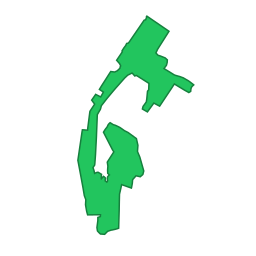 Tejen, Ahal, Turkmenistan (Robinson projection), rotated 34°
{"feature_id": "10190150B49022220136906", "entity_name": "Tejen", "entity_type": "district", "adm_level": 2, "iso_a3": "TKM", "parent_name": "Turkmenistan", "parent_adm1": "Ahal", "projection": "robinson", "projection_center": [60.242, 38.323], "detail": "fine", "context": "isolated", "style": "filled", "palette": "green", "viewbox_px": 256, "rotation_deg": 34, "n_neighbors": 0, "source": "geoboundaries", "source_scale": "gbopen_adm2", "svg_char_len": 3016}
<svg xmlns="http://www.w3.org/2000/svg" viewBox="0 0 256 256"><g transform="rotate(34 128 128)"><path d="M131.1,58.3L125.0,58.6L124.6,58.6L124.8,54.5L124.2,52.8L123.8,51.7L122.5,49.5L122.3,49.5L119.6,49.1L115.0,50.1L114.2,50.3L112.6,50.8L112.1,50.9L111.3,50.7L109.4,50.2L109.1,50.1L108.8,47.7L108.6,46.9L108.5,46.0L107.9,24.9L81.1,24.7L81.1,25.3L81.3,25.3L81.7,26.7L82.1,28.4L81.1,29.6L80.9,56.8L80.7,57.6L79.7,58.5L79.7,59.7L80.0,60.7L79.8,63.6L79.9,67.4L80.1,67.6L80.7,68.1L80.7,78.2L85.2,79.4L85.7,79.8L86.8,80.2L87.0,80.7L87.3,81.0L87.3,81.6L87.9,83.0L87.2,86.1L87.1,86.6L85.6,89.1L82.1,90.8L82.2,95.4L82.3,98.6L82.5,107.6L82.7,112.0L87.4,112.0L87.5,112.0L88.0,117.5L82.5,118.2L82.4,118.2L82.3,125.2L82.6,125.3L85.4,126.3L86.9,126.8L87.0,126.9L87.1,135.1L87.1,135.4L87.7,136.7L94.3,149.8L95.5,152.1L95.7,152.4L92.7,154.1L91.2,155.0L91.3,155.2L92.1,157.0L104.3,182.4L104.5,182.8L113.5,191.9L119.0,197.5L123.9,202.5L127.8,206.6L129.6,208.5L133.1,211.0L135.7,215.4L140.2,220.1L143.1,222.6L153.7,215.3L154.5,216.7L154.6,216.9L153.0,219.0L154.7,221.5L154.8,221.7L156.2,224.5L157.9,227.9L160.2,230.4L160.6,230.5L161.3,230.7L162.6,231.0L164.4,231.3L164.6,231.2L168.1,229.2L168.9,225.0L170.3,223.2L171.0,222.2L171.7,221.6L174.0,219.2L175.5,217.4L176.3,216.3L175.6,215.2L174.0,212.7L166.6,201.0L164.9,198.4L161.6,193.3L157.9,187.5L157.5,186.4L157.2,185.8L157.2,185.6L154.4,178.5L164.4,175.9L164.2,175.3L162.5,171.4L161.2,169.1L160.7,168.1L160.8,167.7L161.4,163.1L165.1,161.7L165.4,161.6L166.2,158.7L166.3,158.2L165.1,154.8L154.3,145.7L154.2,145.6L149.0,142.2L145.9,136.8L141.0,132.2L140.9,132.1L130.9,131.7L130.5,131.7L126.5,132.2L123.2,132.1L120.9,132.1L118.6,132.4L116.1,132.8L115.1,133.1L113.8,133.5L112.4,133.5L110.2,133.6L109.9,134.7L109.7,136.2L110.1,138.9L110.0,140.3L109.9,141.3L109.9,142.9L110.0,145.2L122.7,152.2L127.1,154.6L127.5,154.8L129.6,155.7L129.9,167.9L132.6,170.8L134.6,174.3L136.5,176.9L138.1,177.2L138.7,177.3L138.6,177.5L138.4,179.9L139.2,181.5L139.5,182.0L140.6,183.2L140.7,183.3L140.7,183.8L140.7,184.7L138.7,184.6L137.9,183.6L137.9,183.4L137.7,183.0L137.3,182.1L135.8,181.8L135.6,181.8L134.9,181.8L134.7,181.8L134.4,184.6L134.3,185.0L133.8,184.5L133.5,183.9L132.6,182.4L131.9,181.3L131.9,181.2L128.0,181.4L127.8,181.5L126.9,182.4L125.7,184.3L123.5,182.2L123.0,181.8L121.1,180.4L121.1,177.4L120.1,175.5L116.1,168.5L106.6,152.7L105.4,150.8L95.1,134.1L94.8,130.2L94.7,128.1L94.4,127.1L93.5,124.6L93.4,124.4L93.5,123.7L94.1,114.8L94.5,111.1L95.0,106.2L95.5,101.9L97.3,88.4L97.9,85.8L98.2,84.4L99.0,83.0L100.6,80.2L101.9,80.4L104.5,81.1L104.7,80.8L105.7,79.7L120.4,79.3L120.6,79.6L123.8,84.8L123.6,86.6L127.2,93.2L127.4,93.6L128.6,96.2L128.5,99.7L128.4,101.6L129.3,104.2L129.5,104.2L135.1,103.8L135.5,92.9L142.0,92.2L141.9,74.3L141.9,72.1L141.8,65.6L153.8,65.0L158.4,64.6L158.6,64.6L159.5,62.6L158.2,60.2L157.8,58.0L158.4,55.5L157.7,55.4L152.9,55.1L151.9,55.1L145.8,55.5L142.1,56.4L141.8,56.5L140.1,57.1L137.2,58.0L136.7,58.1L131.1,58.3Z" fill="#22c55e" stroke="#15803d" stroke-width="1.5"/></g></svg>